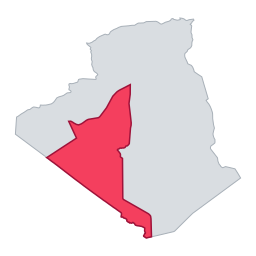 Adrar on a map of Algeria (Albers equal-area conic projection)
{"feature_id": "DZA-2143", "entity_name": "Adrar", "entity_type": "Province", "adm_level": 1, "iso_a3": "DZA", "parent_name": "Algeria", "parent_adm1": "", "projection": "albers", "projection_center": [0.561, 25.317], "detail": "fine", "context": "in_parent", "style": "filled", "palette": "rose", "viewbox_px": 256, "rotation_deg": 0, "n_neighbors": 0, "source": "natural_earth", "source_scale": "10m", "svg_char_len": 6507}
<svg xmlns="http://www.w3.org/2000/svg" viewBox="0 0 256 256"><path d="M193.5,19.1L193.8,19.8L193.9,20.4L193.0,21.0L192.4,21.3L191.7,22.9L190.4,24.0L190.2,24.3L190.2,24.6L191.2,25.0L191.5,25.4L191.7,26.0L191.4,28.2L191.0,32.0L191.1,32.8L191.5,33.8L191.9,34.5L192.0,35.4L192.0,37.5L192.5,38.7L192.9,39.8L192.2,41.3L191.9,42.6L191.8,44.4L191.8,45.5L191.3,46.6L190.7,47.6L189.9,48.3L189.0,48.9L187.9,49.6L187.1,51.5L185.2,53.2L184.8,53.8L184.7,55.0L184.8,56.7L185.3,58.1L186.3,60.1L187.3,62.3L187.6,63.4L187.9,63.8L189.1,64.4L191.2,65.3L191.6,65.7L192.7,67.2L193.8,69.9L194.2,71.7L197.9,74.3L201.5,76.6L201.8,76.9L204.2,85.2L205.1,88.2L208.2,98.8L207.2,99.5L206.1,100.3L207.0,101.8L208.8,104.0L209.9,105.9L210.3,106.7L211.3,109.1L212.0,111.3L212.3,112.1L212.6,113.8L212.7,118.8L213.6,125.0L214.4,128.1L213.6,130.9L213.0,133.7L213.1,135.0L213.7,137.1L214.3,138.6L214.9,139.4L215.0,142.1L214.8,143.0L213.0,144.5L211.0,145.9L210.5,147.0L210.4,148.3L210.8,149.2L217.4,157.7L217.6,158.6L217.9,161.1L219.1,164.2L220.3,165.5L220.8,166.5L221.6,167.1L222.4,167.6L222.9,167.7L225.5,166.6L230.3,167.7L234.8,168.8L235.1,169.0L238.0,173.6L240.6,178.0L192.7,213.3L187.4,218.5L174.8,231.0L173.8,231.6L156.5,235.7L147.5,237.7L147.1,237.8L146.6,237.8L146.2,237.8L145.4,237.5L144.5,236.8L143.8,236.5L143.7,235.9L144.0,235.1L144.5,234.5L144.6,233.9L144.9,233.5L145.3,233.2L145.3,232.7L145.0,232.0L144.7,230.9L144.6,229.0L144.6,228.2L143.8,227.4L142.2,226.7L140.7,226.2L140.1,226.1L138.5,225.8L136.3,225.3L135.5,225.0L134.0,223.3L133.3,222.8L130.0,222.5L128.9,222.3L128.0,221.8L127.3,221.3L126.8,220.3L126.7,219.5L126.4,219.2L122.8,217.3L121.8,216.6L121.3,216.0L121.3,215.1L121.4,214.0L121.2,213.1L121.1,212.6L58.9,166.7L55.6,164.2L48.3,158.7L15.4,134.2L16.5,118.0L16.6,117.2L16.8,116.9L17.9,116.4L19.7,115.1L20.4,114.6L21.2,114.0L24.1,112.3L24.7,111.9L27.6,109.9L28.2,109.7L29.7,109.5L30.3,109.2L31.2,108.4L32.5,107.5L33.3,107.1L33.5,107.0L34.0,107.0L36.5,107.4L37.5,107.7L38.8,107.9L39.2,107.8L39.5,107.5L40.0,106.9L40.2,106.1L40.3,105.4L40.3,105.1L40.6,105.0L41.1,105.0L41.8,105.2L43.3,105.2L43.9,105.1L45.6,105.1L48.0,104.7L51.5,103.8L53.1,102.7L54.4,101.4L55.7,99.5L56.8,97.9L58.8,96.9L60.5,96.4L61.4,96.2L63.6,95.4L67.2,92.9L70.2,92.6L70.5,92.4L71.0,91.9L71.0,91.2L70.5,90.6L69.9,90.3L69.5,90.0L69.1,89.9L68.9,89.5L69.0,88.8L69.1,88.2L69.4,87.5L69.4,86.6L69.0,85.7L68.9,85.1L68.9,84.4L69.1,83.9L69.8,83.6L70.5,83.5L71.4,83.7L73.2,83.5L77.6,82.1L77.9,81.6L78.2,80.5L78.5,79.6L79.0,79.3L79.2,79.2L82.7,78.7L83.5,78.7L90.0,79.1L95.6,79.4L96.1,79.2L96.1,78.5L95.7,77.2L96.0,76.4L96.8,75.7L97.8,74.8L97.3,73.8L96.6,73.1L95.5,72.3L94.9,72.0L93.9,71.0L93.3,69.8L92.9,67.5L92.2,66.2L91.7,64.5L92.2,61.6L91.5,59.7L91.4,59.0L91.4,58.0L91.7,56.5L91.6,54.2L90.7,51.9L91.2,51.1L91.4,50.7L91.3,50.4L90.5,49.7L90.2,49.0L90.4,48.5L90.8,47.7L90.8,47.3L89.5,46.3L87.5,44.6L86.9,43.9L86.6,43.0L88.6,43.3L89.7,43.2L92.1,42.2L94.0,40.8L95.5,40.1L96.8,38.5L98.0,37.6L99.7,36.5L104.7,34.3L105.4,34.2L107.0,34.8L108.4,34.6L109.4,33.8L110.4,31.9L112.0,30.7L114.0,29.5L116.8,28.4L118.6,27.4L121.4,26.4L128.5,25.8L132.1,25.3L134.6,25.3L137.1,23.7L138.3,23.1L143.7,22.9L146.3,21.6L155.9,21.3L157.1,21.7L158.3,22.3L160.3,23.8L161.3,24.1L162.6,23.7L165.5,22.2L168.8,21.3L170.6,20.3L171.3,19.0L172.9,18.5L173.8,19.4L177.3,20.2L179.4,19.8L180.3,19.5L179.9,18.0L182.2,18.3L184.0,18.9L185.8,20.3L187.0,20.5L189.1,19.7L193.5,19.1Z" fill="#d9dde1" stroke="#a8b0b8" stroke-width="1"/><path d="M55.6,164.2L53.8,162.8L51.9,161.5L50.1,160.1L48.3,158.7L47.0,157.8L46.7,157.6L46.9,157.5L76.5,138.1L68.7,121.3L70.8,121.2L72.7,122.2L73.8,123.0L76.4,124.4L78.6,124.9L81.2,123.9L82.7,123.0L86.1,120.5L87.5,119.7L88.7,119.3L98.4,117.7L99.8,116.7L106.5,107.8L112.8,96.2L116.5,92.3L117.4,91.5L119.4,90.2L130.3,84.6L130.2,94.2L129.0,103.5L130.5,116.3L131.2,122.9L131.1,125.3L130.5,128.0L129.3,143.3L129.3,143.6L129.1,143.9L128.9,144.2L128.5,144.7L128.2,145.0L127.5,145.7L127.4,145.8L126.2,146.0L125.9,146.1L125.3,147.1L125.0,147.4L124.8,147.6L124.5,147.7L123.6,148.0L122.0,148.0L121.9,148.0L121.5,148.2L121.4,148.2L120.8,148.1L120.0,148.1L119.9,148.2L119.1,148.8L118.3,149.1L117.8,149.3L117.7,149.4L117.5,149.7L117.4,149.9L117.4,150.1L117.5,150.3L118.4,151.1L120.1,153.5L120.3,153.9L120.4,154.2L120.4,154.4L120.5,155.1L120.3,156.3L120.4,156.7L120.5,156.9L122.4,158.3L122.5,158.5L122.8,198.4L123.0,198.8L123.5,199.5L148.5,213.8L149.7,214.9L150.6,216.1L151.0,218.8L151.5,236.8L150.7,237.0L148.7,237.4L147.5,237.7L146.6,237.9L146.3,238.0L146.1,237.9L145.8,237.7L145.1,237.1L144.5,236.9L144.3,236.7L144.1,236.5L143.8,236.4L143.7,236.1L143.6,235.9L143.7,235.6L143.9,235.4L144.0,235.1L144.2,234.9L144.4,234.7L144.5,234.5L144.5,234.0L144.6,233.8L144.8,233.6L145.1,233.4L145.3,233.3L145.4,233.0L145.4,232.7L145.2,232.5L145.1,232.4L145.0,232.1L145.0,231.8L145.0,231.7L144.9,231.6L144.6,231.0L144.6,230.5L144.8,228.1L144.7,227.9L144.4,227.7L144.0,227.6L143.8,227.5L143.1,227.0L141.7,226.4L138.5,225.8L137.9,225.8L136.9,225.6L136.7,225.6L136.1,225.3L135.9,225.2L135.6,225.2L135.4,225.1L134.8,224.1L134.5,223.6L134.0,223.2L133.3,222.6L133.1,222.5L132.9,222.4L132.7,222.5L132.4,222.7L132.0,223.1L131.7,223.2L130.8,223.0L130.7,222.9L130.3,222.8L130.2,222.8L130.0,223.0L129.9,223.0L129.6,223.0L129.5,222.9L129.5,222.7L129.4,222.4L129.2,222.3L128.8,222.3L128.6,222.3L128.3,222.2L127.0,221.1L126.8,220.9L126.8,220.0L126.8,219.5L126.5,219.2L125.8,218.7L125.4,218.4L124.9,218.4L124.7,218.2L124.1,218.1L123.6,217.9L123.4,217.8L123.2,217.6L123.0,217.2L122.8,217.0L122.6,217.0L122.3,217.0L121.9,217.1L121.6,217.1L121.4,217.0L121.2,217.0L121.1,216.8L121.1,216.5L121.1,216.3L121.4,215.2L121.5,213.9L121.5,213.6L121.2,212.8L121.1,212.6L119.8,211.7L118.8,211.0L117.8,210.3L116.8,209.6L115.9,208.9L114.9,208.2L113.9,207.6L112.9,206.9L112.0,206.2L111.0,205.5L110.0,204.8L109.0,204.1L108.2,203.5L108.1,203.4L107.1,202.7L106.1,202.0L105.2,201.3L104.2,200.7L103.2,200.0L102.3,199.3L101.3,198.6L100.4,197.9L99.4,197.2L98.4,196.5L97.5,195.8L96.5,195.1L95.6,194.4L94.6,193.7L93.6,193.0L92.7,192.3L91.7,191.6L90.8,190.9L89.8,190.2L88.9,189.5L87.9,188.8L87.0,188.1L86.0,187.4L85.1,186.7L84.1,186.0L83.2,185.3L82.2,184.5L81.3,183.8L80.3,183.1L79.4,182.4L78.5,181.7L77.5,181.0L76.6,180.3L75.6,179.6L74.7,178.9L73.8,178.2L72.9,177.5L72.0,176.8L71.2,176.2L70.3,175.5L69.5,174.9L68.6,174.2L67.7,173.5L66.9,172.9L66.0,172.2L65.2,171.6L64.3,170.9L63.5,170.2L62.6,169.6L61.8,168.9L60.9,168.3L60.1,167.6L58.9,166.7L58.1,166.1L57.3,165.4L56.4,164.8L55.6,164.2Z" fill="#f43f5e" stroke="#9f1239" stroke-width="1.5"/></svg>